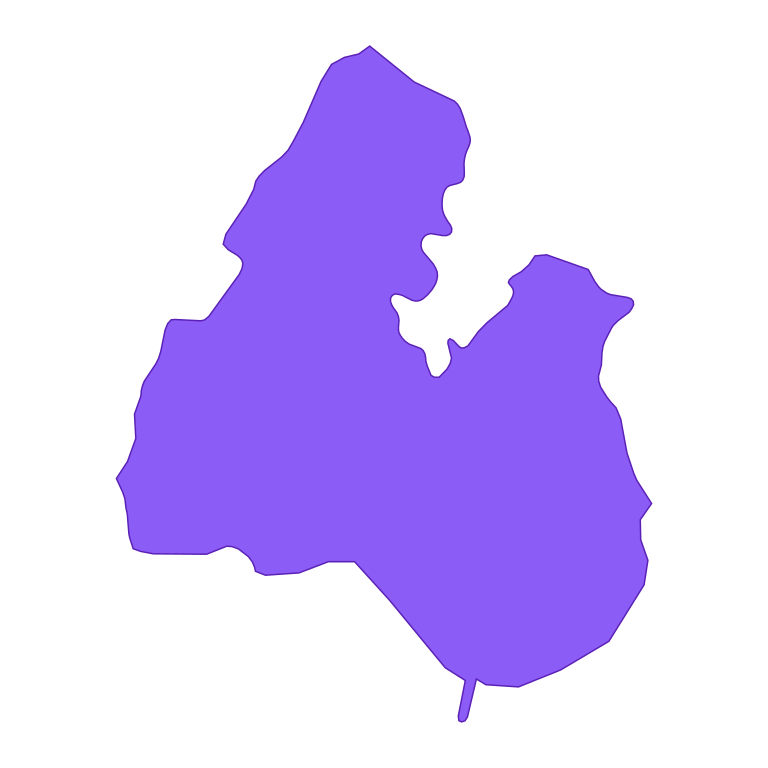 the border of North Tipperary
{"feature_id": "IRL-724", "entity_name": "North Tipperary", "entity_type": "County", "adm_level": 1, "iso_a3": "IRL", "parent_name": "Ireland", "parent_adm1": "", "projection": "albers", "projection_center": [-8.01, 52.847], "detail": "fine", "context": "isolated", "style": "filled", "palette": "violet", "viewbox_px": 768, "rotation_deg": 0, "n_neighbors": 0, "source": "natural_earth", "source_scale": "10m", "svg_char_len": 2838}
<svg xmlns="http://www.w3.org/2000/svg" viewBox="0 0 768 768"><path d="M588.2,269.5L594.8,281.5L598.8,287.0L601.2,289.4L606.9,293.2L610.5,294.6L627.3,297.4L631.0,298.7L633.1,301.0L633.6,304.7L631.6,308.9L629.2,312.2L618.2,320.5L613.4,325.2L611.6,327.9L604.8,341.1L603.1,345.9L602.0,352.6L601.4,364.9L598.5,376.1L598.7,381.0L600.6,387.1L606.7,396.8L610.6,401.9L616.1,407.9L620.7,419.0L627.0,453.1L633.8,473.4L636.9,480.5L651.6,503.5L640.3,519.7L640.7,539.8L647.9,560.3L644.1,584.8L608.9,641.3L560.7,669.9L518.5,686.9L485.9,684.7L476.4,679.0L467.4,717.1L465.0,720.8L461.6,721.9L458.9,720.7L458.3,716.0L465.3,680.5L445.2,667.7L433.7,653.8L389.6,600.3L354.6,561.7L328.3,561.7L299.0,572.9L265.4,575.2L255.5,571.3L254.6,567.3L252.5,562.1L248.3,556.5L238.4,548.9L232.1,546.6L226.8,546.2L206.7,554.2L153.2,553.8L140.7,551.4L133.2,548.7L129.7,537.9L128.9,534.0L127.3,514.2L126.9,512.1L126.1,508.8L124.9,498.7L122.7,492.2L116.4,478.5L127.5,461.5L135.8,438.5L134.5,414.1L140.9,396.1L141.3,390.5L142.7,385.1L144.4,381.0L156.0,363.6L158.7,358.1L160.8,351.3L165.1,330.0L167.7,323.6L171.2,319.8L174.9,319.5L200.9,320.8L204.6,319.9L208.8,316.4L239.2,274.5L242.0,268.7L242.9,263.5L241.8,260.0L239.7,257.4L237.2,255.2L228.2,249.7L223.2,244.2L225.9,234.2L246.1,204.2L253.7,189.4L255.8,181.2L258.9,176.4L264.6,170.5L281.7,157.0L288.1,150.2L293.2,141.5L303.4,122.1L321.1,81.3L331.5,64.4L344.4,57.4L358.7,54.0L369.7,46.1L414.3,82.1L454.4,101.1L457.5,104.2L460.2,108.5L463.3,116.9L466.4,127.1L467.8,130.5L470.0,137.2L470.3,140.7L469.9,143.1L469.0,145.8L466.3,152.0L465.2,155.6L464.4,159.5L464.0,163.7L464.3,172.4L464.2,176.4L462.9,179.9L460.6,182.3L457.2,183.6L449.8,185.5L446.9,187.2L444.8,190.2L443.4,193.5L442.5,197.6L442.1,201.8L442.1,205.9L442.5,209.9L443.6,213.6L445.1,217.0L448.2,222.1L449.9,224.3L450.9,226.2L451.8,228.6L451.5,232.0L449.7,234.3L446.4,235.6L442.8,235.6L430.9,233.6L427.4,234.4L424.6,236.1L422.6,238.8L421.3,241.9L421.0,245.8L421.8,249.4L423.4,252.3L433.2,263.9L435.5,267.8L437.1,271.7L437.5,275.8L436.9,279.6L435.8,283.1L434.3,286.0L431.8,289.9L427.8,294.6L422.9,298.9L420.3,300.3L417.6,301.0L415.0,301.0L411.8,300.2L402.2,295.3L398.9,294.4L395.1,293.9L392.3,295.3L390.6,298.0L390.5,301.4L391.5,304.4L392.9,307.1L397.0,312.9L398.4,316.4L399.0,320.3L398.4,328.1L398.7,331.8L400.1,335.0L402.2,338.1L405.0,341.1L408.9,344.0L420.8,348.5L423.1,350.5L424.8,353.6L425.6,357.5L425.9,361.3L427.3,366.3L431.1,375.4L434.3,377.2L439.2,377.2L447.1,369.0L450.2,363.4L451.5,358.1L447.9,343.3L448.2,340.4L449.9,338.8L453.2,340.4L458.6,346.1L460.8,347.9L464.0,347.9L467.9,345.9L478.4,331.5L486.8,322.9L507.6,305.5L508.7,303.8L511.7,298.3L513.0,295.4L513.6,292.0L512.9,288.8L511.1,286.2L509.3,284.0L508.4,282.4L509.4,279.8L513.0,276.4L521.3,271.7L529.0,264.8L535.0,255.9L546.6,254.8L588.2,269.5Z" fill="#8b5cf6" stroke="#5b21b6" stroke-width="1.5"/></svg>